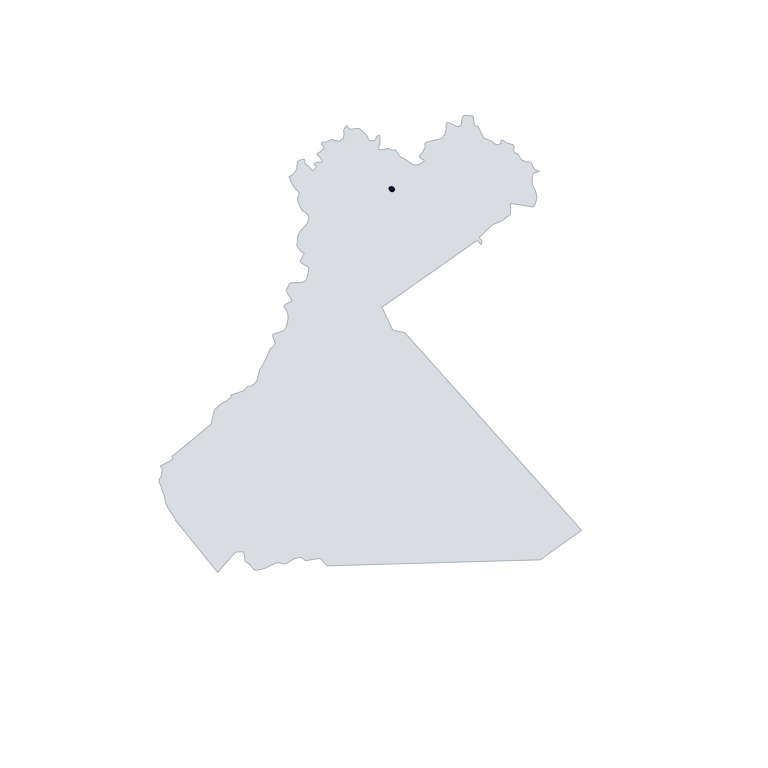 Mali, with Bamako highlighted, rotated 145°
{"feature_id": "MLI-2792", "entity_name": "Bamako", "entity_type": "District", "adm_level": 1, "iso_a3": "MLI", "parent_name": "Mali", "parent_adm1": "", "projection": "orthographic", "projection_center": [-8.0, 12.623], "detail": "fine", "context": "in_parent", "style": "filled", "palette": "ink", "viewbox_px": 768, "rotation_deg": 145, "n_neighbors": 0, "source": "natural_earth", "source_scale": "10m", "svg_char_len": 4061}
<svg xmlns="http://www.w3.org/2000/svg" viewBox="0 0 768 768"><g transform="rotate(145 384 384)"><path d="M161.1,545.5L161.4,543.1L159.4,541.4L159.3,540.6L160.5,533.7L160.5,531.9L161.3,528.5L160.0,526.9L159.7,525.7L156.6,521.2L155.6,517.4L154.0,514.8L150.2,514.0L148.8,516.1L147.9,516.5L146.6,514.9L146.0,513.6L146.1,512.4L141.3,506.3L141.6,503.1L143.5,501.5L144.3,498.7L142.5,495.5L142.8,492.5L142.7,488.2L139.9,484.5L138.0,482.8L136.4,480.1L137.8,474.2L135.0,469.0L140.3,471.1L142.9,469.3L145.4,466.7L147.6,463.4L148.6,459.1L149.0,455.5L151.2,449.8L153.8,447.1L159.2,443.2L160.6,443.6L169.2,452.2L174.0,456.5L175.8,458.8L177.4,458.8L179.9,454.7L182.5,451.2L183.6,450.3L192.3,449.9L196.8,450.6L200.9,451.7L206.6,452.1L221.7,449.5L221.9,447.8L221.7,445.8L222.3,444.3L223.6,442.9L224.7,442.6L225.1,447.4L226.4,448.1L229.9,448.3L341.6,448.0L345.9,423.2L337.6,414.2L306.1,150.9L356.8,150.4L365.7,156.2L534.5,267.4L535.5,271.1L535.6,276.2L536.9,277.8L539.4,279.4L549.0,284.0L549.8,284.9L550.3,286.9L551.5,289.4L553.6,290.8L556.0,291.8L558.8,292.5L567.4,292.9L569.2,294.0L573.2,298.5L575.2,299.3L586.8,301.3L590.6,302.4L594.8,304.3L597.0,306.1L597.5,313.3L599.3,317.9L599.4,319.1L597.7,321.1L597.3,322.5L595.5,326.3L596.0,327.7L600.2,330.4L602.2,331.1L604.5,331.0L628.3,325.0L633.0,392.5L632.1,393.6L632.2,405.6L630.8,412.7L628.0,418.1L626.4,426.0L625.3,427.6L624.7,432.1L623.0,434.7L619.9,435.9L614.5,441.1L614.2,445.1L600.8,443.5L599.9,443.6L599.4,444.2L599.2,446.3L565.0,448.9L548.3,450.5L538.0,460.0L531.1,461.1L522.5,460.6L518.0,460.7L516.3,461.3L516.0,462.9L502.1,458.7L497.1,460.3L496.2,459.8L495.5,458.9L493.0,458.4L489.1,458.7L486.3,459.5L477.7,467.0L473.1,468.9L464.4,473.4L458.4,477.3L456.2,478.1L452.8,478.3L450.0,479.1L447.6,487.5L446.0,488.3L435.4,485.2L433.3,485.8L431.5,486.8L425.7,491.8L422.9,495.7L421.4,500.9L421.8,504.3L420.7,505.3L418.1,505.7L413.1,504.7L411.6,505.2L411.0,507.7L411.2,513.3L410.2,517.1L407.3,518.4L405.1,519.9L403.3,520.4L401.9,520.0L393.2,514.5L390.3,513.6L387.2,514.3L384.1,516.8L378.8,522.7L379.4,524.8L380.9,527.3L382.1,530.3L382.0,533.0L374.3,536.9L376.1,539.8L376.0,547.5L372.5,551.1L371.2,553.3L367.8,555.9L364.8,557.3L355.3,559.5L351.5,561.9L349.7,563.9L349.3,566.1L349.7,568.5L351.6,573.6L351.0,578.2L349.5,583.6L348.1,586.0L343.6,588.8L344.3,592.3L344.7,597.4L344.1,603.9L342.8,608.3L341.7,607.9L337.5,608.1L332.8,609.6L331.2,610.7L330.9,612.2L326.9,615.8L324.4,615.6L321.9,614.6L320.6,613.7L320.5,613.1L322.0,610.3L322.0,609.3L320.5,604.3L320.8,603.1L320.1,599.3L319.8,599.1L314.7,600.8L314.5,601.5L315.3,603.9L314.8,604.3L312.9,604.3L310.4,603.5L307.6,601.3L306.9,602.0L306.6,603.8L306.4,605.9L307.2,609.7L306.4,611.0L302.1,610.8L298.4,611.3L297.5,612.6L297.1,614.1L298.0,615.8L297.9,616.5L296.4,617.6L295.7,617.5L293.6,615.7L285.6,613.9L284.9,611.4L284.0,611.3L281.4,608.2L280.3,608.3L279.4,608.8L276.3,608.6L273.6,611.3L271.6,614.7L269.4,616.3L266.1,617.0L266.6,614.9L265.5,612.0L258.6,608.3L257.5,606.8L255.7,598.5L255.8,596.0L256.3,593.8L256.1,592.1L255.3,590.8L253.2,589.6L251.0,589.0L248.3,590.6L247.0,590.9L245.7,590.8L245.1,590.2L245.2,589.4L248.2,584.9L249.6,583.1L252.6,580.9L253.3,579.8L253.4,578.9L253.1,578.3L251.2,577.5L248.1,575.4L246.5,575.2L245.2,574.2L243.7,571.0L243.1,570.4L241.6,570.0L240.3,569.2L240.5,561.3L237.5,555.4L234.9,547.9L233.6,546.1L231.2,544.6L228.2,543.6L225.6,543.3L222.7,544.1L222.7,544.8L224.4,547.2L224.6,548.6L224.4,549.9L223.8,550.7L219.8,551.6L214.5,554.2L212.7,557.4L211.5,557.8L209.5,557.4L195.5,551.9L189.6,554.2L185.7,558.8L184.8,560.4L183.0,561.7L182.0,561.7L180.9,560.8L176.9,553.6L175.1,551.9L172.9,551.8L171.0,553.0L169.1,555.3L166.5,557.5L165.0,558.2L163.6,557.8L157.9,552.9L157.6,551.9L160.3,546.3L161.1,545.5Z" fill="#d9dde1" stroke="#a8b0b8" stroke-width="1"/><path d="M265.7,536.7L266.5,536.8L267.2,537.3L267.7,538.0L267.8,538.8L267.9,539.8L267.8,540.7L267.5,541.4L266.4,541.8L265.5,541.5L264.9,541.3L264.6,540.9L264.1,540.6L263.8,539.8L263.6,538.6L263.8,537.7L264.2,537.1L264.9,536.8L265.7,536.7Z" fill="#0f172a" stroke="#020617" stroke-width="1.5"/></g></svg>